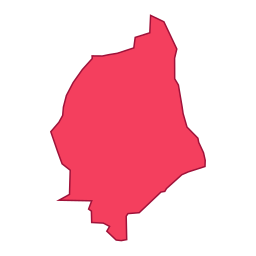 the district of Dogondoutchi, Dosso, Niger
{"feature_id": "23599985B71800364259973", "entity_name": "Dogondoutchi", "entity_type": "district", "adm_level": 2, "iso_a3": "NER", "parent_name": "Niger", "parent_adm1": "Dosso", "projection": "orthographic", "projection_center": [4.132, 13.975], "detail": "fine", "context": "isolated", "style": "filled", "palette": "rose", "viewbox_px": 256, "rotation_deg": 0, "n_neighbors": 0, "source": "geoboundaries", "source_scale": "gbopen_adm2", "svg_char_len": 732}
<svg xmlns="http://www.w3.org/2000/svg" viewBox="0 0 256 256"><path d="M88.6,209.1L91.4,211.1L91.7,222.5L103.3,223.1L109.6,226.4L106.8,231.2L116.1,240.0L121.3,240.6L126.7,239.6L126.2,216.2L128.0,213.6L139.2,212.7L161.0,192.0L164.8,191.4L166.5,188.5L181.8,174.7L188.2,171.9L205.0,166.5L205.2,160.3L203.5,152.7L198.7,142.4L197.9,138.2L187.0,127.1L183.1,113.6L182.1,106.8L178.4,85.0L174.7,78.8L174.6,58.2L176.8,49.0L163.9,21.8L150.6,15.4L149.8,32.8L135.2,37.4L133.8,47.9L117.3,53.3L109.2,54.6L102.4,56.0L92.1,55.9L92.2,58.6L82.4,69.5L73.2,82.5L66.4,95.5L63.4,107.1L62.7,115.4L58.9,122.3L50.8,131.7L57.5,151.2L62.1,163.8L70.2,170.2L69.5,194.4L59.0,200.2L91.7,200.8L88.6,209.1Z" fill="#f43f5e" stroke="#9f1239" stroke-width="1.5"/></svg>